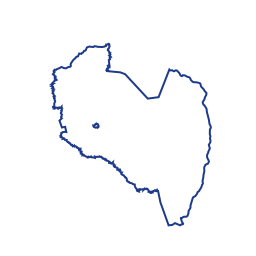 Hurungwe, Mashonaland West, Zimbabwe (orthographic projection), rotated 114°
{"feature_id": "62879985B85730198836463", "entity_name": "Hurungwe", "entity_type": "district", "adm_level": 2, "iso_a3": "ZWE", "parent_name": "Zimbabwe", "parent_adm1": "Mashonaland West", "projection": "orthographic", "projection_center": [29.665, -16.521], "detail": "fine", "context": "isolated", "style": "outline", "palette": "blue", "viewbox_px": 256, "rotation_deg": 114, "n_neighbors": 0, "source": "geoboundaries", "source_scale": "gbopen_adm2", "svg_char_len": 5891}
<svg xmlns="http://www.w3.org/2000/svg" viewBox="0 0 256 256"><g transform="rotate(114 128 128)"><path d="M104.5,218.7L106.1,219.1L106.3,218.0L107.0,217.8L107.4,218.3L108.5,218.1L109.4,218.5L109.7,217.8L109.6,217.0L110.1,216.2L110.8,215.9L110.4,215.1L110.7,214.8L111.8,215.4L112.8,215.0L112.6,214.2L113.1,214.1L112.8,213.6L113.1,212.8L114.9,214.3L115.7,214.7L116.7,214.5L117.0,215.0L117.9,215.4L118.0,214.9L118.9,215.4L118.6,214.8L118.9,215.0L118.7,214.5L119.3,214.4L120.7,214.7L120.4,213.7L120.9,214.3L120.9,213.3L121.4,213.3L121.3,212.9L121.5,212.7L122.0,213.0L122.0,212.6L122.4,212.6L122.5,212.3L122.8,212.6L122.8,212.1L123.1,212.4L123.3,211.9L122.9,211.8L123.9,211.1L124.8,212.0L125.4,211.5L125.4,211.1L126.8,211.1L126.8,210.2L127.9,209.6L128.6,207.9L129.6,208.7L130.1,208.0L130.9,207.7L130.9,207.4L131.4,207.0L131.2,206.8L132.3,206.5L133.1,205.4L135.8,205.3L138.0,204.2L138.7,204.8L138.9,204.0L139.4,204.3L139.4,204.0L139.7,204.0L139.6,203.5L140.4,203.6L140.3,203.1L139.8,202.9L139.5,202.3L138.7,202.3L138.2,200.6L138.6,200.0L138.0,199.8L138.3,199.4L137.8,199.2L137.3,198.2L137.0,198.3L137.0,197.8L135.8,197.4L136.1,197.3L135.9,197.1L136.3,196.8L136.5,197.2L137.1,196.1L137.7,196.4L138.7,195.6L139.6,195.5L139.7,195.8L140.3,195.3L141.0,195.3L141.4,195.5L141.9,195.3L142.6,193.8L143.2,193.9L144.2,193.4L145.0,193.7L145.9,193.2L146.1,192.4L149.1,193.6L154.4,188.6L152.5,185.9L156.8,182.7L157.2,184.1L158.5,186.2L159.3,186.3L159.8,186.9L160.3,186.4L161.3,186.6L161.9,186.2L162.8,186.6L163.2,185.5L162.9,185.1L163.1,184.9L163.7,185.2L163.6,183.1L164.5,183.1L163.6,181.8L164.5,180.8L163.9,179.3L164.5,179.2L165.1,178.0L165.0,177.7L165.4,177.3L165.1,176.4L165.7,175.8L165.5,174.9L165.9,174.7L165.8,174.2L166.2,173.7L166.5,173.1L166.3,172.6L166.7,172.6L166.6,171.8L167.2,170.9L165.8,170.0L166.6,169.2L166.0,168.7L166.1,167.3L166.7,166.9L166.4,166.4L166.7,165.9L166.5,165.1L167.4,164.3L166.6,163.7L166.3,163.1L167.8,163.0L167.5,162.6L168.2,162.5L168.3,161.5L169.2,161.4L168.8,160.7L170.4,160.5L170.0,159.9L170.1,159.4L171.4,158.7L170.6,158.2L170.5,157.6L171.2,157.1L170.9,156.3L171.2,155.1L171.0,153.6L171.3,153.2L170.8,153.0L170.8,152.2L170.1,152.1L170.1,150.9L169.1,150.2L169.5,149.8L169.3,149.1L169.5,148.7L168.6,146.7L168.8,145.8L168.5,145.7L167.6,146.4L167.6,145.6L166.7,144.4L166.7,143.7L165.6,142.6L165.9,142.3L165.9,141.7L165.1,140.9L165.1,140.4L165.9,139.3L165.8,138.7L166.2,138.6L166.2,137.8L165.5,136.6L166.3,136.1L165.7,135.1L166.6,134.5L166.2,133.5L166.2,132.1L166.5,131.6L167.6,131.2L167.5,130.6L166.6,130.4L167.3,128.8L165.6,128.0L166.2,127.9L166.4,126.7L166.8,126.4L167.1,126.6L167.6,126.4L167.5,125.3L168.0,125.6L168.5,125.4L168.5,125.0L168.0,124.7L168.6,124.1L169.0,124.1L168.7,121.5L169.5,120.7L170.2,121.0L170.5,120.8L170.1,120.1L170.3,119.5L169.5,119.2L169.2,118.6L169.6,118.4L169.8,117.8L170.7,118.1L171.0,117.9L171.3,116.3L171.1,115.4L172.6,115.6L173.1,114.3L173.0,112.6L173.8,111.4L173.8,110.6L174.4,110.3L174.3,109.3L175.3,108.1L176.4,107.8L177.0,106.8L176.8,106.4L177.2,105.4L176.9,104.9L177.3,104.4L177.3,103.5L176.9,102.1L177.2,101.0L176.9,98.9L177.4,98.9L179.0,97.4L179.7,96.4L180.1,95.3L181.2,94.7L181.8,93.9L181.6,92.2L181.0,92.7L180.5,92.3L180.2,92.9L180.6,93.2L180.2,93.4L179.2,92.8L179.1,92.5L179.6,92.5L179.0,91.9L178.8,90.8L177.7,89.2L178.1,88.9L177.7,88.7L178.2,88.6L176.6,87.9L176.5,86.6L175.8,86.2L176.0,85.5L175.8,85.3L176.8,83.6L177.7,83.4L177.3,82.8L177.4,82.4L177.9,82.5L177.8,81.1L178.8,80.5L177.2,80.6L177.5,80.1L177.1,79.5L176.7,80.0L176.6,79.5L176.2,79.8L175.5,79.5L175.2,79.1L175.4,78.9L174.5,78.5L174.4,77.8L173.9,77.8L174.3,76.7L174.1,76.2L173.8,76.1L173.6,76.5L172.7,76.3L173.3,75.5L173.2,75.0L182.8,68.1L200.4,51.3L198.4,48.0L195.8,46.4L195.7,40.8L194.3,40.0L193.7,38.8L193.1,38.7L192.7,39.1L191.6,40.7L189.0,43.0L188.6,43.0L188.2,42.1L186.5,41.1L185.2,38.5L184.1,37.9L181.4,38.1L179.1,38.9L175.5,38.5L173.3,39.4L165.2,40.4L164.1,39.9L162.9,38.8L160.2,38.2L158.1,38.3L157.0,37.5L152.3,36.9L149.8,37.2L148.9,37.0L148.0,37.1L146.8,38.0L145.2,38.6L143.2,38.9L140.0,40.0L136.7,40.6L133.4,42.2L132.3,42.4L129.9,42.2L128.1,40.5L125.8,40.4L124.6,41.4L122.9,43.6L121.1,44.5L120.2,44.8L118.0,44.7L116.9,45.0L114.2,44.9L113.1,45.1L110.6,47.3L107.3,47.0L105.5,47.8L104.4,48.8L101.9,49.4L100.6,50.6L98.2,51.7L95.9,52.6L94.2,52.4L92.9,53.1L91.0,55.3L87.5,57.5L81.2,62.5L78.6,64.0L76.6,66.7L75.8,68.7L75.1,69.6L73.9,70.3L70.7,69.8L69.0,70.2L65.6,70.0L64.1,70.6L63.1,72.9L61.8,74.7L60.6,77.7L60.1,78.4L58.0,80.0L57.9,81.5L58.4,84.0L59.4,86.5L59.5,87.8L58.5,90.2L57.2,91.5L56.8,92.4L57.1,95.0L56.8,97.2L57.5,99.4L58.7,99.8L58.8,100.2L58.6,101.4L56.8,103.7L55.6,106.8L56.1,108.1L57.3,108.8L57.6,109.4L57.3,111.1L58.3,113.0L57.8,114.0L87.4,112.6L93.1,121.9L80.0,152.5L80.3,157.7L84.6,170.5L84.1,171.2L83.7,170.9L83.2,171.1L83.0,170.7L82.9,171.0L82.2,171.3L82.0,171.1L82.1,170.5L81.3,170.8L80.5,170.6L80.1,171.0L80.1,170.2L79.3,170.8L79.2,169.9L78.3,170.4L78.1,171.0L77.8,170.8L73.7,173.2L72.6,172.4L71.5,173.3L70.9,172.8L70.4,173.4L70.0,172.8L69.5,173.9L68.8,174.0L68.9,174.4L68.0,174.0L67.8,174.2L68.1,174.7L67.4,175.3L66.7,175.0L66.7,175.8L65.9,176.2L65.2,177.8L64.6,177.9L64.6,178.3L63.6,178.3L62.9,177.9L60.8,178.1L60.4,178.6L60.3,178.4L59.7,178.7L58.9,179.6L58.9,180.0L60.3,180.9L60.7,181.9L62.0,181.5L62.3,182.1L63.2,182.5L64.0,183.9L64.4,184.2L66.3,189.1L66.3,189.8L66.9,191.9L67.9,192.4L68.6,193.9L69.2,196.2L70.7,198.0L71.6,198.3L74.5,198.3L75.4,199.5L77.1,199.7L78.3,200.6L79.2,200.7L79.8,202.9L82.9,202.8L84.0,204.2L85.0,204.3L88.3,205.7L92.2,206.4L93.2,206.3L94.6,205.4L95.5,205.7L96.8,207.5L98.7,208.9L99.4,211.0L99.2,212.8L99.5,213.8L101.0,214.8L103.3,217.0L104.1,217.3L104.5,218.7ZM138.5,155.9L139.2,155.4L140.2,156.0L139.9,156.6L140.9,157.7L140.9,159.8L139.8,160.8L139.3,159.6L138.2,159.5L138.1,159.1L137.4,159.1L136.7,158.7L136.8,157.8L137.1,157.7L136.9,156.9L138.1,155.7L138.5,155.9Z" fill="none" stroke="#1e3a8a" stroke-width="2"/></g></svg>